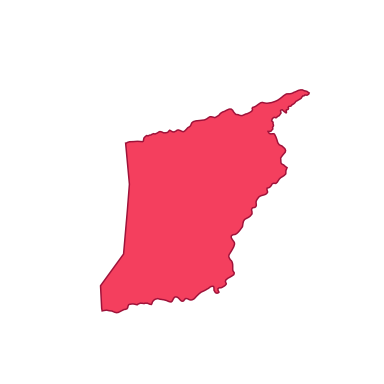 outline of Tete Chemin/Millet, Anse-la-Raye, Saint Lucia, rotated 36°
{"feature_id": "8701671B40430448784583", "entity_name": "Tete Chemin/Millet", "entity_type": "district", "adm_level": 2, "iso_a3": "LCA", "parent_name": "Saint Lucia", "parent_adm1": "Anse-la-Raye", "projection": "robinson", "projection_center": [-60.996, 13.893], "detail": "fine", "context": "isolated", "style": "filled", "palette": "rose", "viewbox_px": 384, "rotation_deg": 36, "n_neighbors": 0, "source": "geoboundaries", "source_scale": "gbopen_adm2", "svg_char_len": 5950}
<svg xmlns="http://www.w3.org/2000/svg" viewBox="0 0 384 384"><g transform="rotate(36 192 192)"><path d="M228.6,43.0L227.7,43.0L226.7,43.1L225.9,43.0L224.9,43.4L224.5,43.5L223.9,43.9L222.3,44.3L221.3,44.5L219.9,45.5L218.4,47.2L216.7,50.3L216.0,51.2L215.1,53.1L214.4,54.0L213.3,55.2L211.9,56.2L210.9,57.0L210.4,57.9L209.5,60.3L209.1,62.0L208.2,65.2L207.4,67.3L206.9,68.3L205.8,70.1L203.9,72.8L202.1,74.6L200.9,75.8L200.0,76.5L198.6,77.2L197.5,77.7L196.2,78.2L195.1,79.5L194.2,81.9L193.6,83.8L193.0,85.5L192.1,87.0L191.4,87.8L191.4,88.9L192.7,90.0L192.8,91.6L192.0,93.7L191.3,95.0L190.5,96.4L189.7,97.2L188.4,99.5L187.6,100.8L186.3,101.6L185.0,102.1L183.9,102.3L181.8,103.5L178.9,102.9L176.8,102.0L175.0,101.9L173.4,103.0L171.9,105.5L170.8,107.8L169.9,109.0L169.3,110.3L169.0,111.1L168.8,111.7L168.7,112.3L168.8,113.3L168.4,114.8L167.6,116.8L167.2,117.6L166.8,118.4L164.9,119.1L163.8,119.6L163.0,120.0L162.3,120.6L162.2,120.8L161.5,122.4L161.3,123.2L160.9,124.3L160.0,125.9L159.6,126.5L158.7,127.3L157.1,128.8L155.0,130.7L153.4,132.1L151.7,134.3L151.2,136.3L151.9,139.3L151.6,140.7L150.8,142.5L150.6,144.6L150.3,146.6L149.8,148.0L149.2,148.5L148.1,148.9L147.5,149.0L146.6,149.1L146.0,149.4L145.0,149.6L144.7,149.7L144.1,150.2L143.9,150.4L143.7,150.6L143.4,151.3L143.2,152.2L143.0,152.5L142.3,153.8L141.8,154.2L141.5,154.4L140.7,154.8L139.6,154.9L137.7,155.1L137.4,156.1L137.5,156.7L137.4,157.2L137.3,157.6L137.2,158.1L136.4,159.1L136.0,159.4L135.7,159.8L135.4,160.0L134.0,160.9L132.6,161.1L131.2,161.6L130.7,161.9L130.6,162.0L130.4,162.1L130.0,162.7L129.6,163.8L129.2,164.8L128.0,166.8L126.6,167.4L125.6,169.0L125.2,170.1L124.2,171.0L123.4,172.5L122.2,172.9L121.9,173.6L121.6,174.7L121.4,176.4L121.4,176.6L122.1,178.2L122.7,179.3L122.4,180.3L120.9,181.3L119.7,182.0L118.0,183.1L114.7,185.9L113.0,187.2L111.9,188.1L111.3,188.9L110.7,189.7L110.2,190.8L110.2,191.2L109.6,191.5L136.8,222.5L150.9,245.5L173.1,282.4L173.1,321.6L187.3,339.2L189.2,341.0L190.0,340.1L190.3,339.8L190.8,339.3L192.3,337.8L194.6,336.8L197.1,335.4L200.2,334.7L201.9,334.0L203.2,332.7L204.9,329.3L205.1,328.9L205.4,328.4L206.1,327.0L206.9,326.3L208.0,324.8L208.0,324.3L208.0,323.4L207.5,322.4L207.3,321.8L207.3,321.7L207.0,320.5L207.5,319.6L208.5,318.6L208.9,318.2L209.9,317.3L210.4,317.1L210.6,316.9L212.2,316.2L212.5,316.1L213.1,315.9L214.0,315.4L214.2,314.9L214.2,314.4L215.7,312.1L216.4,311.8L217.3,311.2L218.9,310.4L219.2,309.7L219.9,309.2L220.2,309.0L221.2,308.2L222.1,308.0L223.8,307.6L225.2,306.9L225.2,306.0L224.6,304.1L224.6,303.6L224.6,303.3L224.7,302.5L224.9,301.1L225.2,300.7L225.4,300.2L226.5,298.9L226.7,298.7L226.9,298.4L229.3,297.5L230.7,296.7L231.6,296.3L232.4,295.8L235.4,294.7L236.5,294.5L237.7,294.2L239.0,293.7L239.8,293.1L239.9,292.8L239.8,292.6L240.1,292.1L239.9,290.5L239.7,289.1L239.7,287.7L239.9,287.1L240.6,286.3L241.8,285.8L243.2,285.7L246.2,286.3L247.2,286.4L247.8,286.3L248.3,286.1L248.9,285.5L249.2,285.0L249.1,284.4L249.3,283.5L249.2,282.6L249.5,282.1L249.6,281.8L250.7,281.2L251.0,281.1L251.5,280.9L252.5,280.8L253.7,280.5L254.6,280.0L255.5,279.1L256.4,277.5L256.8,275.2L256.8,274.3L257.3,271.4L257.5,270.2L258.3,267.5L258.9,266.5L259.4,265.6L260.0,264.5L261.0,262.4L261.1,262.0L261.5,261.2L261.9,260.4L262.7,257.7L262.8,257.5L263.9,256.3L264.8,255.8L265.3,256.0L265.7,256.2L266.3,256.9L267.6,258.6L269.7,259.5L270.0,259.6L270.6,259.6L271.7,259.2L272.4,258.3L272.6,257.9L272.7,257.2L272.1,256.8L270.7,256.2L270.5,255.8L270.2,255.5L269.8,254.9L270.1,254.0L270.7,253.1L271.5,252.7L271.9,252.2L272.1,252.0L272.5,251.2L273.5,248.9L273.8,247.6L273.8,246.3L273.6,246.0L271.8,245.0L271.1,243.4L271.2,242.7L271.5,241.7L271.7,240.8L271.9,240.3L273.1,237.8L273.2,237.5L273.6,236.6L274.4,234.3L274.1,233.4L273.7,232.6L272.8,232.2L272.0,231.9L271.2,231.6L270.9,231.1L270.6,230.9L268.5,228.0L267.3,226.5L266.3,225.6L265.1,224.8L264.3,224.5L262.8,224.3L261.0,223.5L259.9,222.8L259.3,222.0L258.9,220.9L258.8,220.4L258.7,218.7L258.5,216.1L258.1,212.7L257.9,211.6L257.3,209.9L257.0,209.1L256.4,208.4L255.8,207.9L254.5,207.4L253.2,207.0L251.0,206.1L250.3,205.5L249.7,204.6L249.7,204.1L250.1,202.7L251.9,200.9L252.6,199.3L253.0,197.3L253.2,195.0L253.2,192.7L253.2,190.4L252.8,189.6L252.6,189.2L251.7,187.5L250.9,185.6L250.8,184.7L250.7,183.5L250.8,183.2L251.1,182.3L251.6,181.3L252.6,179.3L253.2,177.5L253.3,176.4L253.4,174.4L253.0,173.9L252.8,173.6L252.1,172.7L250.8,171.6L250.4,171.0L250.4,170.8L250.2,169.9L250.3,169.2L251.9,167.5L252.2,166.4L252.0,165.2L251.4,164.4L249.9,162.7L249.6,162.3L249.1,160.8L249.0,159.4L249.0,156.8L249.5,155.4L250.2,154.2L250.9,153.3L251.1,153.1L252.1,151.8L252.9,150.6L253.3,149.3L253.3,147.9L253.1,147.5L251.7,146.4L251.0,145.7L250.5,144.7L251.0,144.1L251.9,142.9L252.1,142.3L252.3,140.8L252.3,139.8L252.1,139.0L252.1,138.6L252.2,138.1L252.4,137.6L253.2,136.7L253.6,136.5L254.4,136.1L254.8,135.7L255.2,134.0L255.1,132.2L255.0,130.3L255.3,128.4L255.5,127.9L256.3,126.0L256.9,124.3L257.1,122.9L257.2,122.2L255.4,119.5L254.6,116.4L253.9,116.5L251.3,116.4L250.2,116.2L249.1,116.5L247.9,116.5L246.8,116.1L244.6,113.4L243.7,112.3L243.7,109.1L244.0,105.0L243.3,103.4L242.0,102.5L240.6,102.2L237.6,101.9L236.1,102.3L234.8,102.5L232.7,101.8L231.6,101.1L230.1,99.9L227.6,98.2L224.9,96.8L224.0,96.7L222.6,97.8L221.6,98.7L220.1,99.2L218.4,98.6L217.9,98.3L219.1,97.3L219.7,97.0L220.2,96.2L220.2,94.7L220.4,93.7L219.9,93.0L219.1,92.3L219.1,90.9L218.7,90.1L217.2,88.9L216.6,87.9L215.6,87.7L214.6,87.6L213.9,85.6L214.2,83.9L215.0,83.0L216.0,82.8L216.6,82.2L216.8,80.7L217.7,78.9L217.6,77.4L217.6,75.8L216.7,75.0L215.9,74.4L215.9,73.2L216.7,72.4L218.7,72.7L220.9,72.8L221.6,72.7L221.6,72.0L220.2,70.7L220.2,69.9L220.7,69.5L221.2,68.6L220.9,67.5L220.0,67.0L220.0,65.9L220.8,65.2L221.5,64.4L221.7,63.4L221.6,62.6L222.4,61.1L222.8,59.2L222.8,57.5L223.4,56.5L224.1,54.7L224.8,53.2L225.2,52.0L225.1,50.7L225.1,49.3L226.1,48.4L226.2,47.4L226.6,47.0L227.3,46.6L228.2,46.0L228.9,44.3L228.6,43.0Z" fill="#f43f5e" stroke="#9f1239" stroke-width="1.5"/></g></svg>